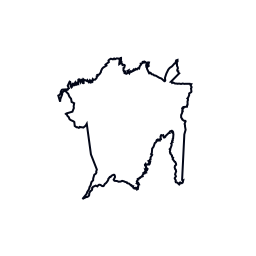 outline of Chapada dos Guimarães, Mato Grosso, Brazil, rotated 125°
{"feature_id": "56859067B35702518946002", "entity_name": "Chapada dos Guimarães", "entity_type": "district", "adm_level": 2, "iso_a3": "BRA", "parent_name": "Brazil", "parent_adm1": "Mato Grosso", "projection": "albers", "projection_center": [-55.544, -15.094], "detail": "fine", "context": "isolated", "style": "outline", "palette": "ink", "viewbox_px": 256, "rotation_deg": 125, "n_neighbors": 0, "source": "geoboundaries", "source_scale": "gbopen_adm2", "svg_char_len": 5783}
<svg xmlns="http://www.w3.org/2000/svg" viewBox="0 0 256 256"><g transform="rotate(125 128 128)"><path d="M43.8,126.5L44.9,127.3L45.5,127.2L46.9,126.6L47.6,125.9L48.4,126.9L52.2,127.3L54.8,128.3L57.0,128.5L61.4,127.8L65.7,126.5L67.8,124.7L68.5,124.7L68.8,125.0L68.3,129.0L68.9,131.2L69.2,135.3L69.9,136.7L69.7,138.0L70.4,139.5L69.9,140.7L70.0,141.7L70.8,141.7L71.1,142.0L68.5,146.5L67.6,147.1L67.6,147.8L66.5,148.9L65.9,149.2L65.5,148.5L65.9,146.8L65.3,146.6L64.3,147.7L62.3,148.4L62.5,148.8L63.4,149.0L63.2,149.4L64.0,149.7L64.3,150.4L64.0,151.1L64.1,152.4L65.0,152.4L64.8,153.3L65.4,153.9L66.6,153.3L68.0,154.5L68.7,153.7L70.7,153.8L72.9,153.0L73.1,154.0L74.9,154.3L75.0,155.6L75.5,155.9L76.3,155.5L77.7,156.2L77.3,156.9L79.0,156.9L80.0,157.4L79.8,158.3L80.3,158.5L82.5,158.2L82.2,159.2L81.1,160.4L80.5,160.6L81.1,160.9L83.1,159.9L84.4,160.3L84.7,160.9L84.6,161.4L84.9,162.0L84.1,162.1L84.0,162.7L83.3,162.7L84.1,163.7L83.5,164.1L83.5,164.7L81.5,166.1L80.7,165.7L78.6,166.5L78.4,167.0L78.7,167.9L79.6,168.6L78.4,170.4L78.5,170.9L80.7,171.8L79.8,172.4L79.4,172.2L78.0,173.4L77.3,173.5L78.2,172.5L77.2,171.9L77.0,172.7L76.0,172.9L74.6,173.9L75.0,174.3L75.9,174.1L76.6,174.9L76.5,175.4L77.4,177.1L79.1,178.1L78.9,179.0L79.4,179.5L80.4,179.7L81.1,181.8L82.7,182.5L83.9,182.7L85.0,181.5L88.9,182.8L89.3,181.5L92.8,183.0L94.3,183.2L97.1,182.7L97.6,182.3L99.7,182.2L100.8,182.3L102.0,183.5L102.6,182.7L103.6,183.3L104.3,182.6L105.3,182.4L107.3,182.7L108.0,183.8L108.5,183.9L108.2,184.9L109.5,184.6L110.8,183.6L111.2,183.8L110.7,184.7L110.7,186.3L112.4,185.3L112.5,185.8L111.8,186.5L112.9,186.5L112.1,188.7L113.1,188.6L113.3,190.4L113.8,191.1L113.7,192.1L116.7,190.1L117.0,190.4L117.1,191.0L114.9,193.5L115.5,193.8L117.6,193.3L116.0,195.6L116.5,196.3L116.9,196.4L120.5,194.0L120.6,194.5L120.3,195.7L120.8,195.7L122.0,194.9L122.3,195.2L120.9,197.3L121.9,197.2L123.7,196.4L124.4,197.1L123.5,197.5L123.1,198.2L123.3,198.6L124.0,198.6L126.7,197.5L127.2,197.6L126.7,198.8L124.1,201.0L124.2,201.5L123.4,201.9L123.5,202.4L128.0,201.6L129.4,199.2L130.3,199.6L131.0,199.3L131.7,199.7L131.7,200.7L134.3,203.9L134.8,204.1L136.8,203.9L137.9,203.2L138.9,203.0L140.3,203.1L141.4,203.7L145.4,198.7L143.1,200.0L138.2,201.2L137.4,201.8L136.1,202.1L134.4,201.5L133.5,200.9L134.3,196.5L135.9,194.1L136.7,191.4L139.0,189.1L138.6,186.3L141.5,184.9L142.7,183.8L146.5,182.9L151.4,186.8L152.1,187.0L152.2,185.6L152.9,184.3L153.1,182.7L154.2,181.2L154.4,179.7L153.8,176.4L153.9,175.4L156.9,172.8L156.9,170.6L156.4,169.9L156.1,168.4L155.3,167.9L154.8,168.1L153.2,164.8L150.4,164.0L148.2,164.2L170.9,143.2L179.9,129.7L182.0,129.0L182.7,128.3L184.0,128.2L185.6,128.8L189.2,127.6L190.8,126.6L193.3,126.9L196.6,125.7L198.7,125.6L199.4,125.1L201.7,124.7L203.6,124.7L205.9,124.1L212.2,124.6L208.5,122.6L207.7,121.7L206.2,121.2L205.0,121.4L204.2,122.1L201.8,122.6L199.5,122.0L198.3,122.4L197.8,123.0L196.1,122.8L193.7,121.4L193.4,119.6L191.9,119.5L191.0,119.1L190.4,117.9L190.4,115.9L189.9,115.0L189.4,114.7L187.1,114.9L185.6,114.4L183.5,114.3L181.5,114.5L181.1,114.9L178.5,114.8L178.2,114.2L176.5,114.1L174.7,113.1L174.2,112.3L174.7,111.4L175.6,110.5L178.6,110.1L179.0,108.8L177.7,106.5L177.4,104.9L176.1,103.3L174.7,102.5L174.0,100.8L174.0,100.2L173.2,97.6L173.6,97.2L173.5,96.6L172.9,95.1L173.3,92.8L172.9,92.6L172.9,92.0L173.4,91.3L172.8,90.4L173.4,90.2L173.9,89.3L173.5,88.5L173.9,88.2L173.4,87.0L172.4,87.2L172.1,86.6L172.2,85.6L172.9,85.2L172.4,84.9L170.6,85.8L170.2,86.3L169.2,86.3L168.2,87.8L168.3,88.5L167.8,88.2L167.5,87.3L167.1,88.0L167.4,88.6L167.3,89.5L166.6,89.6L166.5,90.2L164.8,90.2L164.4,90.6L164.1,90.2L163.8,90.6L162.5,89.8L162.0,89.9L161.7,89.4L160.6,89.3L159.2,88.3L158.8,89.0L157.2,89.0L156.1,89.6L155.8,89.2L156.1,88.8L155.7,88.3L155.3,88.4L154.3,87.7L154.1,89.1L153.3,88.9L152.7,89.6L152.8,88.4L152.2,88.3L151.9,88.8L151.5,88.3L150.3,88.5L150.2,89.3L150.5,89.8L151.1,89.9L150.5,90.5L149.6,90.7L149.2,91.2L149.0,92.5L148.3,93.1L147.3,93.0L147.7,92.4L147.4,91.8L146.2,90.3L145.9,90.8L145.4,90.8L145.4,89.7L144.8,89.7L143.3,90.3L144.0,90.9L143.3,91.2L143.2,92.2L142.1,91.6L141.4,91.9L140.8,91.5L139.1,92.7L136.2,92.8L136.1,94.1L134.9,94.1L131.0,96.4L128.7,96.3L125.0,97.4L123.9,97.0L122.1,97.0L121.8,97.5L121.3,97.5L120.5,97.1L121.0,96.1L120.0,94.8L119.2,95.6L118.3,94.6L116.5,96.4L115.6,96.4L115.2,96.8L114.7,96.7L114.3,95.4L113.7,95.0L115.2,93.3L114.8,92.6L113.8,92.4L112.9,92.6L108.9,91.8L108.2,91.1L107.9,91.6L106.6,91.6L105.1,90.5L105.1,89.5L105.3,89.1L105.7,89.5L106.3,89.3L106.4,88.1L106.9,87.3L110.8,85.0L111.5,85.1L112.3,84.3L113.1,84.5L113.7,84.2L113.9,83.7L114.2,84.0L115.6,83.4L116.0,83.6L116.3,82.9L117.3,82.3L120.4,81.5L121.4,81.7L121.6,80.9L123.3,80.2L123.9,79.6L124.1,78.8L124.7,78.7L125.3,76.2L126.3,75.5L126.5,73.9L127.8,73.7L128.9,70.4L128.7,69.9L129.6,68.3L130.5,67.5L132.1,67.8L133.5,67.2L134.7,65.7L134.7,65.1L135.9,63.7L138.9,62.9L140.1,61.0L142.2,61.0L142.6,60.7L143.5,58.8L144.6,58.3L145.0,57.7L144.5,56.4L144.9,53.6L144.3,53.5L143.4,54.3L143.0,54.3L142.6,54.0L142.4,52.3L141.3,51.9L139.3,52.7L139.7,52.9L139.5,53.9L100.9,78.2L96.4,79.8L93.8,82.4L93.0,82.9L92.2,84.0L89.4,84.7L89.3,85.2L90.0,86.5L89.9,88.5L89.5,88.7L88.9,90.5L86.9,91.9L84.7,92.3L83.4,93.0L83.0,92.7L82.5,93.1L82.3,93.7L81.5,94.0L80.9,94.9L80.4,94.9L80.0,93.2L79.8,94.1L79.0,94.6L76.7,91.9L75.4,92.7L74.8,92.5L72.1,94.5L70.7,94.9L69.7,95.7L69.7,96.3L68.5,96.2L66.1,96.7L64.6,97.7L62.3,96.8L61.7,97.0L59.3,99.2L58.5,99.1L57.9,99.5L57.2,101.1L55.8,101.3L56.4,102.3L56.3,102.7L59.6,107.3L60.2,108.7L61.5,109.8L62.3,111.6L63.4,112.8L63.5,113.3L64.6,115.0L64.9,117.2L65.8,117.7L65.3,118.7L65.6,119.4L53.8,117.4L53.7,118.4L53.1,119.3L52.7,119.4L52.9,120.3L52.6,120.7L51.6,121.2L50.8,121.2L49.8,122.0L49.0,123.5L47.4,124.6L46.7,125.6L45.0,125.6L43.8,126.5Z" fill="none" stroke="#020617" stroke-width="2"/></g></svg>